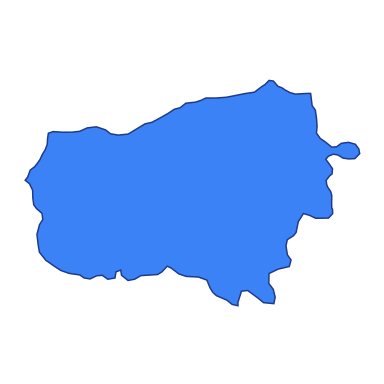 Bräcke, Jämtland, Sweden, rotated 181°
{"feature_id": "70781695B53803129879670", "entity_name": "Bräcke", "entity_type": "district", "adm_level": 2, "iso_a3": "SWE", "parent_name": "Sweden", "parent_adm1": "Jämtland", "projection": "mercator", "projection_center": [15.509, 62.864], "detail": "fine", "context": "isolated", "style": "filled", "palette": "blue", "viewbox_px": 384, "rotation_deg": 181, "n_neighbors": 0, "source": "geoboundaries", "source_scale": "gbopen_adm2", "svg_char_len": 1882}
<svg xmlns="http://www.w3.org/2000/svg" viewBox="0 0 384 384"><g transform="rotate(181 192 192)"><path d="M75.1,292.6L78.1,292.6L90.3,291.7L95.8,293.1L100.4,295.5L104.2,297.9L107.8,299.1L112.6,304.4L116.9,304.9L121.0,300.6L123.7,298.9L131.3,292.9L140.4,291.4L150.0,289.3L158.9,287.4L169.2,286.4L179.8,286.2L184.6,283.8L190.1,281.9L199.7,280.7L205.2,276.1L211.2,274.4L217.4,270.1L224.6,265.8L233.3,261.0L240.2,259.3L256.8,248.8L266.8,247.6L274.5,248.8L279.5,252.6L288.7,255.5L297.8,254.3L305.4,250.7L313.4,249.7L321.5,249.5L330.6,249.9L331.8,250.0L336.6,248.3L337.3,243.5L337.6,237.0L339.5,231.7L342.4,226.7L344.5,221.9L346.9,218.3L349.8,214.5L354.1,211.1L356.5,204.2L359.0,200.8L354.7,197.5L351.4,191.0L351.0,183.0L350.0,176.4L347.2,172.7L341.6,168.0L340.7,161.9L343.9,156.7L346.3,146.9L344.9,136.6L343.5,129.1L336.9,121.1L328.5,115.5L321.9,111.3L313.5,108.5L302.7,107.1L298.5,104.2L292.4,103.3L285.8,106.6L280.2,107.1L274.6,103.3L267.5,104.7L266.6,110.8L261.9,112.7L261.0,107.5L254.4,102.4L247.8,103.8L241.7,107.5L224.9,108.9L220.6,111.7L215.5,117.4L211.3,115.5L203.8,109.9L196.3,107.5L184.1,107.1L175.6,104.2L172.4,96.7L169.5,92.1L165.8,88.8L155.5,84.6L149.9,80.3L144.1,79.1L144.1,82.6L140.8,93.7L134.6,94.5L124.7,87.5L118.5,82.6L108.2,81.8L107.0,88.3L109.1,96.2L113.6,101.9L113.6,111.8L104.5,116.4L93.4,119.2L91.8,125.8L95.5,130.8L97.1,139.8L95.9,146.0L89.7,150.1L87.2,153.4L85.2,164.2L80.2,172.4L74.0,170.7L67.9,167.9L55.1,168.3L51.0,172.8L51.2,177.1L52.0,178.6L52.2,183.4L52.2,191.0L53.3,194.8L56.2,198.9L57.5,201.9L58.0,206.1L54.8,210.4L52.3,212.5L51.9,217.7L55.9,223.2L58.8,227.0L56.2,230.2L51.4,232.3L46.6,231.5L41.6,228.5L35.9,227.8L29.8,228.2L25.0,233.3L26.0,238.0L29.5,242.6L36.4,244.4L43.5,243.3L48.3,239.7L53.1,239.3L58.9,243.9L64.7,247.8L68.6,253.1L68.1,259.9L68.8,267.9L70.1,276.0L73.4,280.5L75.1,292.6Z" fill="#3b82f6" stroke="#1e3a8a" stroke-width="1.5"/></g></svg>